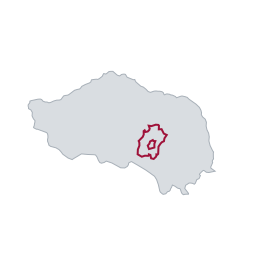 where Fejér sits in Hungary, rotated 214°
{"feature_id": "HUN-3162", "entity_name": "Fejér", "entity_type": "County", "adm_level": 1, "iso_a3": "HUN", "parent_name": "Hungary", "parent_adm1": "", "projection": "mercator", "projection_center": [18.516, 47.132], "detail": "coarse", "context": "in_parent", "style": "outline", "palette": "rose", "viewbox_px": 256, "rotation_deg": 214, "n_neighbors": 0, "source": "natural_earth", "source_scale": "10m", "svg_char_len": 3224}
<svg xmlns="http://www.w3.org/2000/svg" viewBox="0 0 256 256"><g transform="rotate(214 128 128)"><path d="M203.2,75.8L205.9,75.5L206.0,75.5L206.7,75.7L207.1,77.7L207.2,77.8L207.9,79.2L208.5,80.9L209.4,82.2L211.5,82.7L214.3,84.4L216.0,87.4L218.7,88.7L218.9,88.7L219.4,88.6L221.3,88.4L221.7,89.1L223.2,90.5L223.8,91.8L223.5,93.2L223.8,94.8L224.4,95.3L223.7,96.4L218.7,101.6L216.8,103.0L215.5,103.3L213.4,102.7L211.3,103.2L209.5,104.3L207.7,104.6L206.4,106.0L204.7,108.8L202.7,111.2L200.6,112.7L199.5,114.0L199.3,118.6L198.2,119.9L196.6,121.3L195.8,122.4L193.4,129.4L191.6,131.6L189.9,133.3L189.6,134.9L189.6,136.7L187.7,140.2L185.1,143.9L184.6,145.4L185.2,147.5L182.7,149.8L181.3,150.9L180.2,151.4L179.4,152.9L178.2,156.5L178.5,158.1L178.6,159.5L176.5,160.4L175.9,162.0L175.4,164.0L174.5,164.9L172.2,166.5L166.4,165.8L164.2,166.4L163.6,167.5L163.5,168.5L162.7,169.4L161.4,170.5L160.1,171.0L157.1,169.6L150.6,171.0L149.5,172.0L148.6,171.3L147.2,170.6L140.8,169.8L138.2,170.5L134.8,170.2L131.7,169.5L129.3,170.1L127.2,172.9L126.2,173.8L125.4,174.4L123.6,175.3L122.1,176.3L120.1,177.1L118.4,177.0L116.7,175.8L116.1,176.1L115.6,177.2L114.7,178.1L112.2,179.3L111.5,179.2L111.4,179.2L109.5,180.1L106.3,180.6L104.7,180.2L101.8,184.1L101.0,184.8L98.2,185.9L96.0,186.5L94.1,186.1L93.3,186.0L84.8,185.8L80.3,185.0L77.5,183.5L75.6,181.8L74.6,180.0L72.4,178.9L68.9,178.5L66.2,176.6L64.3,173.3L61.6,170.7L58.3,168.8L55.7,166.1L53.7,162.5L50.2,159.4L45.2,156.5L43.6,155.9L43.3,155.0L40.9,151.5L39.8,150.2L39.9,148.4L39.4,147.4L38.5,146.7L38.0,144.2L37.7,142.3L37.0,141.1L31.6,140.9L36.1,136.3L38.4,135.1L41.0,135.3L41.9,134.9L42.1,134.2L42.5,132.8L42.7,131.4L43.0,130.0L42.7,129.3L41.4,129.1L40.8,125.8L41.5,124.6L42.1,123.8L41.3,119.8L41.6,118.5L43.6,118.2L45.3,117.4L46.7,116.4L47.1,115.2L48.2,112.7L47.1,109.6L41.2,107.6L40.9,106.9L42.3,106.0L43.8,104.8L44.6,103.8L45.8,103.7L47.4,104.2L50.2,106.4L51.3,106.7L52.4,106.1L53.5,105.9L56.6,106.0L59.3,105.5L58.7,103.1L58.7,101.4L58.2,100.0L58.5,98.5L59.6,97.3L59.9,94.6L61.6,92.8L62.3,92.6L65.3,92.9L66.0,93.4L66.4,93.5L71.0,97.9L75.4,101.2L79.0,102.8L84.3,103.0L89.9,103.1L99.3,102.6L106.4,102.1L106.9,101.3L107.9,99.3L107.1,97.7L107.1,95.7L108.3,93.1L111.8,90.9L121.8,90.0L127.5,88.4L128.4,86.2L130.3,84.0L132.0,83.6L134.4,84.6L137.2,86.5L139.8,87.5L141.2,86.9L146.3,83.7L152.1,80.5L156.1,72.0L156.6,70.6L160.9,69.6L167.3,69.8L170.5,70.9L173.0,71.5L176.6,71.3L181.9,69.5L183.9,69.5L185.4,70.8L187.1,71.9L188.2,73.3L189.0,75.3L189.5,76.0L190.2,77.0L191.6,78.3L192.9,78.7L202.6,76.3L203.2,75.8Z" fill="#d9dde1" stroke="#a8b0b8" stroke-width="1"/><path d="M90.8,137.1L91.9,135.4L92.3,133.4L92.3,129.6L88.5,123.4L88.7,122.3L89.7,122.0L88.7,120.1L89.4,116.7L91.9,115.8L94.4,118.2L95.9,117.8L95.3,116.9L95.7,116.2L98.5,114.5L100.5,111.9L105.3,111.6L107.8,115.7L108.7,119.8L110.5,122.3L111.9,123.2L110.8,128.9L111.3,131.4L113.3,134.2L112.9,135.4L111.3,134.5L109.7,136.1L109.3,138.4L109.8,139.8L112.1,141.5L109.6,142.7L106.8,146.3L104.6,147.5L103.7,147.3L101.7,144.1L99.5,145.8L95.2,143.4L92.0,143.9L92.0,139.8L90.8,137.1ZM101.8,124.5L98.8,122.3L95.2,126.6L97.3,129.6L98.0,132.4L99.7,131.4L100.7,131.9L102.2,129.1L101.5,127.0L101.8,124.5Z" fill="none" stroke="#9f1239" stroke-width="2"/></g></svg>